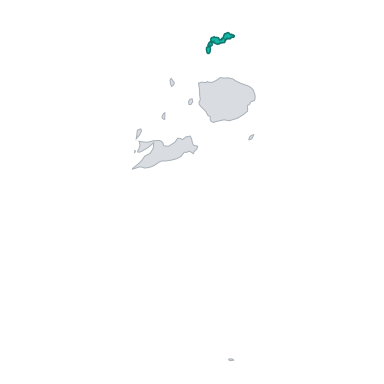 Kadavu, Fiji shown in context, rotated 187°
{"feature_id": "14151628B61046117406534", "entity_name": "Kadavu", "entity_type": "district", "adm_level": 2, "iso_a3": "FJI", "parent_name": "Fiji", "parent_adm1": "", "projection": "natural_earth1", "projection_center": [178.202, -18.951], "detail": "fine", "context": "in_parent", "style": "filled", "palette": "teal", "viewbox_px": 384, "rotation_deg": 187, "n_neighbors": 0, "source": "geoboundaries", "source_scale": "gbopen_adm2", "svg_char_len": 5263}
<svg xmlns="http://www.w3.org/2000/svg" viewBox="0 0 384 384"><g transform="rotate(187 192 192)"><path d="M182.9,266.4L182.9,268.6L184.1,269.5L185.3,269.7L188.3,273.8L192.9,277.3L195.7,280.0L195.9,282.3L195.0,284.7L196.2,289.1L196.8,293.6L198.8,300.8L196.0,302.2L191.4,302.3L190.4,303.6L188.8,302.9L185.0,303.4L181.4,305.8L178.0,309.0L174.0,309.0L169.6,309.7L165.1,309.2L162.0,307.5L156.5,305.7L149.1,304.1L146.0,302.7L143.5,300.6L141.1,295.4L140.8,292.8L141.1,290.3L143.3,289.4L145.1,288.2L145.3,286.5L146.1,285.4L147.2,284.9L147.7,284.2L146.9,281.5L146.7,279.0L151.0,274.6L155.7,270.8L163.9,267.2L168.9,267.6L176.6,264.9L179.1,263.6L181.6,264.4L182.9,266.4ZM253.8,208.1L247.6,214.6L245.3,217.9L243.4,221.6L238.1,225.5L235.8,230.8L236.0,236.2L241.3,230.6L247.3,226.0L249.1,225.1L250.9,225.1L250.8,226.7L249.9,228.2L249.3,232.3L250.8,236.0L246.4,235.7L242.0,236.0L236.8,238.1L231.8,239.0L229.9,239.0L228.0,238.3L226.8,237.2L225.9,234.7L225.0,234.4L220.9,234.5L214.9,239.4L212.9,243.6L210.5,243.8L207.8,242.9L204.5,246.1L200.5,247.3L198.8,244.5L197.7,241.2L196.3,238.7L191.9,238.1L192.5,235.1L193.7,233.9L194.8,232.1L195.4,230.1L197.5,231.4L199.7,232.2L202.1,230.7L204.6,230.5L207.1,226.1L211.0,223.3L216.4,221.1L221.9,219.6L224.7,219.3L227.4,218.4L232.2,214.2L235.4,212.1L238.8,210.8L242.1,210.0L245.1,210.7L247.6,210.3L253.8,207.4L253.8,208.1ZM191.4,344.1L191.4,346.2L186.1,347.6L184.4,345.9L183.2,345.6L180.1,348.6L179.2,349.9L178.9,350.8L178.1,351.3L172.3,352.7L169.7,351.3L171.4,350.3L173.5,348.3L175.7,348.6L177.8,346.7L180.0,343.9L183.0,343.3L185.1,342.2L188.7,343.0L191.4,344.1ZM253.8,246.6L250.7,248.4L249.5,246.7L250.9,242.4L253.8,238.0L253.7,241.6L253.8,246.6ZM226.9,301.9L226.5,302.2L222.9,298.4L223.1,296.8L223.7,295.5L225.1,294.2L226.4,296.4L227.4,300.1L226.9,301.9ZM205.4,283.7L203.3,284.6L202.2,281.7L203.8,278.7L205.6,278.4L206.5,281.4L205.4,283.7ZM229.9,266.2L228.6,267.5L227.9,260.8L229.3,260.9L230.4,261.6L231.0,263.3L229.9,266.2ZM139.9,255.5L137.7,256.4L138.9,252.5L140.1,251.3L140.8,251.0L142.0,250.8L141.6,253.5L139.9,255.5ZM134.9,30.7L133.3,31.2L130.7,30.8L130.2,30.1L131.0,29.9L132.7,29.4L134.8,29.6L135.2,30.1L134.9,30.7ZM253.8,226.1L253.3,226.2L253.2,225.3L253.8,223.6L253.8,226.1Z" fill="#d9dde1" stroke="#a8b0b8" stroke-width="1"/><path d="M185.3,342.2L185.2,342.1L185.2,341.9L185.1,341.7L184.9,341.7L184.8,341.8L184.7,341.8L184.1,341.9L183.9,342.2L183.7,342.4L183.0,342.7L182.8,342.6L182.8,342.8L182.7,343.1L182.5,343.4L182.2,343.6L181.9,343.3L181.6,343.3L181.4,343.5L180.9,343.6L180.5,343.6L180.0,343.8L179.7,344.1L179.3,344.1L178.9,344.2L178.5,344.1L178.2,344.2L177.9,344.5L177.7,344.8L177.6,345.2L177.5,345.8L177.5,346.1L177.8,346.3L177.8,346.6L177.8,346.8L177.8,347.0L177.8,347.3L177.7,347.6L177.3,347.5L177.3,347.4L177.2,347.5L177.0,347.4L176.9,347.4L176.6,347.3L176.4,347.4L176.4,347.5L176.1,347.8L176.1,348.1L176.1,348.7L176.0,348.8L175.8,349.0L175.5,348.9L175.2,348.8L175.2,348.6L174.7,348.6L174.3,348.6L174.1,348.6L173.9,348.7L173.7,348.7L173.4,348.7L173.0,348.7L172.9,348.8L172.7,348.9L172.4,349.0L172.3,349.5L172.2,349.9L172.3,349.9L172.2,350.0L172.0,350.3L171.9,350.4L171.7,350.5L171.4,350.5L171.1,350.5L170.9,350.5L170.9,350.4L170.7,350.4L170.5,350.5L170.4,350.6L170.2,350.7L169.8,350.7L169.7,350.6L169.5,350.8L169.6,351.0L169.5,351.3L169.4,351.3L169.2,351.3L169.0,351.5L169.1,351.8L169.1,352.0L169.2,352.3L169.3,352.3L169.5,352.3L169.6,352.2L169.9,352.2L170.0,352.3L169.9,352.5L169.9,352.8L170.1,352.9L170.5,352.7L170.9,352.6L171.0,352.6L171.3,352.6L171.5,352.8L171.4,352.9L171.4,353.1L171.7,353.2L171.7,353.3L171.8,353.4L172.0,353.4L172.2,353.2L172.1,352.9L172.2,353.0L172.7,352.9L172.8,353.0L173.1,353.2L173.4,353.2L173.5,353.2L174.0,353.6L174.3,354.1L175.5,354.6L176.5,354.4L177.0,353.9L177.1,353.4L177.5,353.4L177.8,353.4L178.1,353.3L178.7,353.1L178.8,353.0L179.0,352.9L179.0,352.7L179.2,352.3L179.1,352.2L179.1,351.6L179.3,351.4L179.5,351.1L179.6,350.6L179.7,349.8L179.9,349.4L179.9,349.0L179.6,348.5L179.8,348.5L180.3,348.5L181.3,348.0L181.5,347.7L181.6,347.4L181.4,346.9L181.0,346.8L181.1,346.7L181.3,346.6L181.6,346.6L181.8,346.6L182.0,346.7L182.4,346.5L183.0,346.5L183.3,346.2L184.5,348.3L185.7,348.4L185.9,348.4L186.3,348.4L186.6,348.4L187.2,348.2L187.7,348.2L187.9,348.3L188.3,348.2L188.9,348.8L190.1,347.9L190.9,347.8L191.3,347.4L191.6,347.1L191.9,346.6L191.9,346.1L191.9,345.5L191.8,344.2L190.9,344.1L190.8,343.8L190.7,343.7L190.3,343.7L190.2,343.6L190.0,343.3L189.8,343.2L189.2,343.2L189.0,343.4L188.8,343.4L188.6,343.9L188.5,343.6L188.5,343.0L188.5,342.8L188.3,342.8L187.9,342.6L187.6,342.6L187.0,342.6L186.6,342.3L186.6,342.2L186.4,342.1L186.2,342.1L185.9,342.1L185.7,342.2L185.7,342.3L185.7,342.2L185.4,342.2L185.3,342.2ZM194.0,338.1L194.8,337.5L195.1,337.0L195.1,335.6L194.7,334.1L194.0,332.2L192.9,331.4L191.8,331.9L191.2,333.1L191.1,336.0L191.3,337.2L192.0,338.0L193.3,338.2L194.0,338.1ZM193.8,338.6L193.4,338.4L192.9,338.5L192.1,339.3L191.9,339.5L191.8,339.4L191.9,339.0L191.8,338.8L191.6,338.8L191.4,338.9L191.2,339.1L190.9,339.3L190.6,339.4L190.4,339.5L190.1,340.0L189.9,340.5L190.0,341.0L190.0,341.5L190.3,341.9L191.4,342.8L192.3,343.1L192.8,343.0L193.1,342.4L193.5,341.8L193.3,341.3L193.2,341.0L193.8,340.6L194.1,340.1L193.8,338.6Z" fill="#14b8a6" stroke="#0f766e" stroke-width="1.5"/></g></svg>